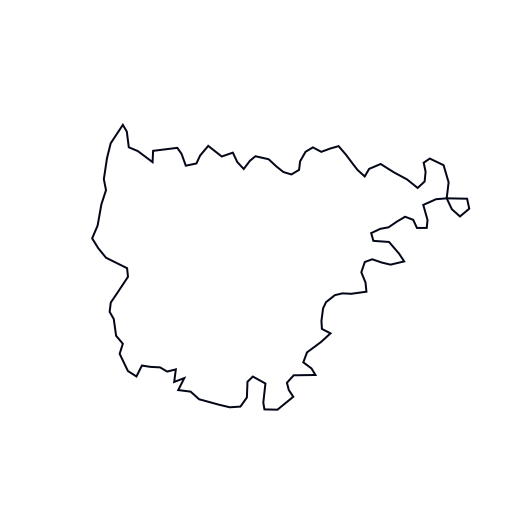 Pouso Novo, Rio Grande do Sul, Brazil, rotated 293°
{"feature_id": "56859067B59341670887428", "entity_name": "Pouso Novo", "entity_type": "district", "adm_level": 2, "iso_a3": "BRA", "parent_name": "Brazil", "parent_adm1": "Rio Grande do Sul", "projection": "mercator", "projection_center": [-52.22, -29.162], "detail": "fine", "context": "isolated", "style": "outline", "palette": "ink", "viewbox_px": 512, "rotation_deg": 293, "n_neighbors": 0, "source": "geoboundaries", "source_scale": "gbopen_adm2", "svg_char_len": 1728}
<svg xmlns="http://www.w3.org/2000/svg" viewBox="0 0 512 512"><g transform="rotate(293 256 256)"><path d="M324.8,141.3L312.6,120.2L302.0,124.1L306.4,106.2L306.4,96.4L320.0,88.5L324.7,82.2L303.0,78.2L287.9,80.6L267.3,85.9L258.0,92.2L243.1,93.5L222.2,98.3L208.2,98.3L201.5,107.8L195.8,118.6L194.4,142.1L186.8,146.3L166.9,142.6L156.4,140.5L147.4,143.1L142.4,149.7L127.9,158.4L123.2,167.7L112.7,168.7L100.1,183.0L98.4,193.0L110.6,193.8L112.7,202.2L116.0,211.2L114.9,219.4L120.3,226.5L108.1,229.9L115.6,237.7L102.2,236.8L105.6,248.8L101.9,259.6L104.7,280.4L106.5,291.0L111.3,300.5L122.2,302.9L136.9,297.3L143.8,300.2L142.3,314.5L123.9,320.0L118.1,323.7L122.9,335.8L141.0,345.3L145.5,338.5L151.4,334.0L160.9,337.3L169.7,357.2L174.2,351.0L176.6,341.1L187.2,340.6L202.0,349.3L213.9,354.8L214.6,345.2L221.8,341.6L234.0,338.2L240.9,338.5L250.8,343.9L255.4,350.2L258.4,358.4L266.3,371.6L274.3,367.2L282.2,359.3L293.0,358.5L298.4,364.3L299.1,374.2L300.6,383.2L308.9,394.5L314.0,386.9L320.9,373.0L315.8,358.1L322.1,353.1L329.5,359.7L334.2,366.8L342.5,372.1L350.4,377.9L350.7,386.6L344.7,393.2L348.6,402.2L356.2,399.8L368.4,390.0L378.6,399.5L383.6,409.0L399.1,404.5L412.9,393.2L413.6,377.9L407.4,373.9L399.8,379.2L390.5,382.1L381.8,378.2L385.5,365.1L386.9,350.2L389.4,334.8L380.4,326.1L371.7,325.0L374.9,315.8L378.6,309.2L384.3,299.4L389.4,289.1L383.9,282.3L377.4,275.4L378.2,265.9L371.3,260.9L360.4,259.6L352.1,262.0L344.9,256.7L344.0,248.4L346.3,240.1L350.0,229.8L347.6,216.5L341.3,213.2L331.3,210.7L335.2,202.0L342.1,194.3L334.2,185.6L338.7,169.0L326.6,165.3L317.9,165.0L311.7,156.1L320.9,147.6L324.8,141.3ZM391.2,427.9L383.6,409.0L375.6,418.0L372.1,428.3L382.9,433.8L391.2,427.9Z" fill="none" stroke="#020617" stroke-width="2"/></g></svg>